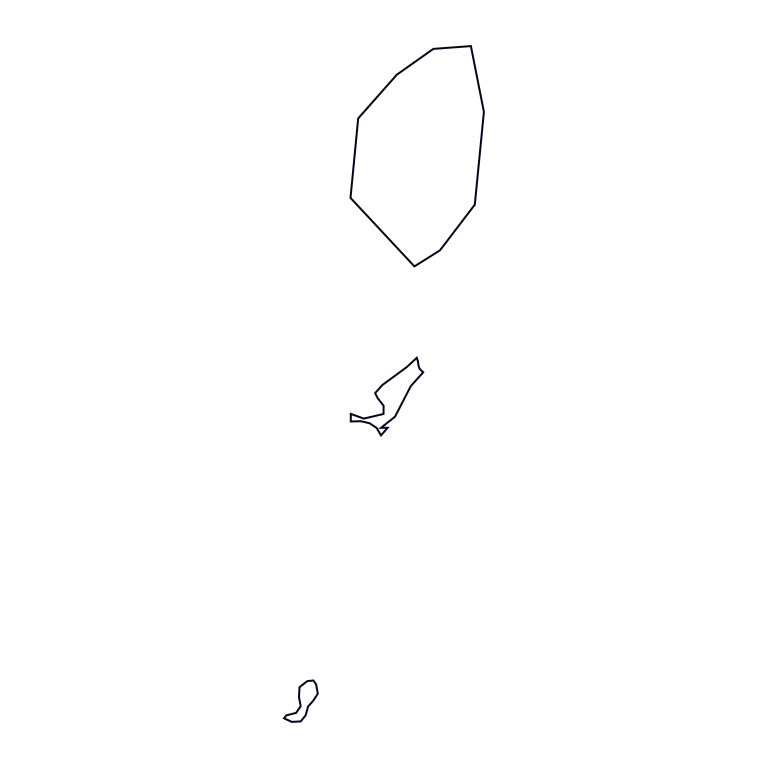 SVG path tracing the border of Saint Vincent and the Grenadines
{"feature_id": "VCT", "entity_name": "Saint Vincent and the Grenadines", "entity_type": "country or territory", "adm_level": 0, "iso_a3": "VCT", "parent_name": "North America", "parent_adm1": "", "projection": "natural_earth1", "projection_center": [-61.257, 13.027], "detail": "fine", "context": "isolated", "style": "outline", "palette": "ink", "viewbox_px": 768, "rotation_deg": 0, "n_neighbors": 0, "source": "natural_earth", "source_scale": "50m", "svg_char_len": 714}
<svg xmlns="http://www.w3.org/2000/svg" viewBox="0 0 768 768"><path d="M440.0,250.3L414.4,266.4L350.5,197.9L358.2,118.4L396.8,74.7L433.3,48.9L470.9,46.1L483.9,111.9L474.8,204.7L440.0,250.3ZM395.0,416.7L381.0,427.8L387.6,427.8L381.0,435.4L376.6,427.9L369.7,423.3L360.9,421.2L350.8,421.5L350.8,413.9L363.8,418.6L383.5,414.0L383.6,405.8L377.8,398.3L375.1,393.1L382.4,385.0L406.6,367.2L416.8,357.8L418.0,361.6L418.4,365.3L419.6,368.8L423.2,372.3L410.8,386.1L395.0,416.7ZM300.7,721.4L291.9,721.9L284.1,718.4L286.2,715.4L296.1,712.9L300.7,706.2L299.0,697.2L299.5,687.2L307.3,681.1L313.4,680.5L316.1,684.3L317.8,693.6L313.2,700.8L308.1,706.5L305.6,715.4L300.7,721.4Z" fill="none" stroke="#020617" stroke-width="2"/></svg>